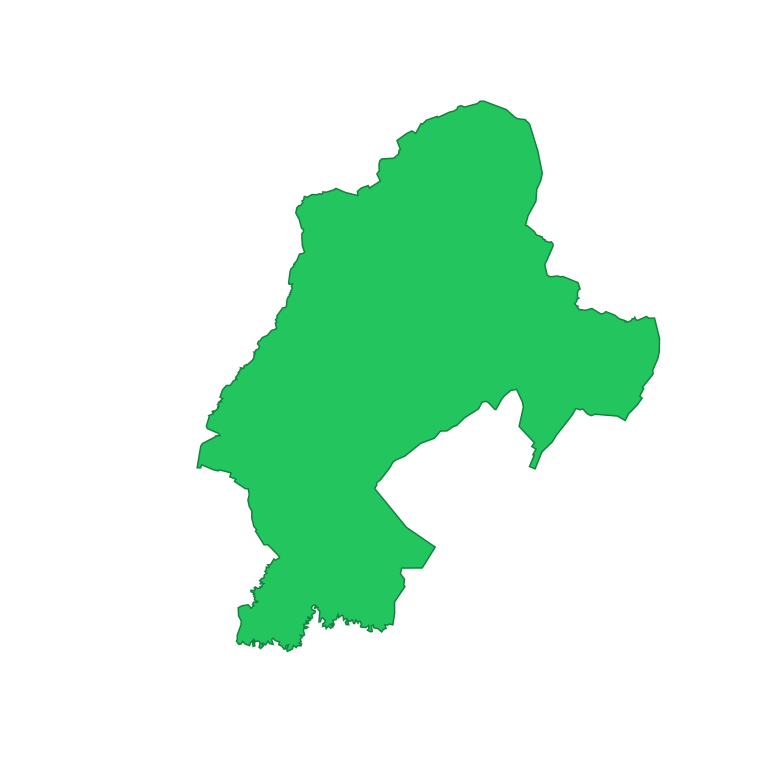 Chakkarat, Nakhon Ratchasima, Thailand (Robinson projection), rotated 227°
{"feature_id": "78962969B888378696775", "entity_name": "Chakkarat", "entity_type": "district", "adm_level": 2, "iso_a3": "THA", "parent_name": "Thailand", "parent_adm1": "Nakhon Ratchasima", "projection": "robinson", "projection_center": [102.436, 14.968], "detail": "fine", "context": "isolated", "style": "filled", "palette": "green", "viewbox_px": 768, "rotation_deg": 227, "n_neighbors": 0, "source": "geoboundaries", "source_scale": "gbopen_adm2", "svg_char_len": 6171}
<svg xmlns="http://www.w3.org/2000/svg" viewBox="0 0 768 768"><g transform="rotate(227 384 384)"><path d="M450.2,190.2L447.7,192.7L449.3,195.5L437.4,200.9L433.6,203.4L433.9,204.4L432.8,205.5L423.4,211.5L421.2,207.9L415.4,210.8L414.7,208.2L402.0,211.2L399.9,213.3L394.9,209.9L391.9,205.3L386.1,201.8L381.3,200.8L376.2,195.9L368.6,191.7L364.4,191.5L364.1,189.7L348.2,186.6L345.5,189.5L330.2,189.8L328.0,188.9L329.4,184.3L331.1,184.2L329.3,178.0L331.0,175.5L328.8,175.5L328.3,174.3L330.4,173.1L328.0,170.5L328.2,169.0L325.6,169.5L326.0,166.2L324.1,164.1L325.1,161.6L324.9,158.9L322.9,159.5L322.2,156.5L321.7,159.2L319.9,160.1L320.1,157.2L318.9,156.4L320.3,155.0L319.1,154.1L320.8,152.1L323.4,151.4L323.4,150.0L321.8,150.0L321.2,148.6L323.9,146.0L322.7,145.0L320.3,146.7L319.5,145.0L318.3,146.0L317.4,143.8L315.9,144.1L314.6,142.2L312.7,142.2L311.4,143.5L310.6,142.6L313.5,139.8L312.2,137.3L310.9,137.8L310.5,134.0L315.1,134.1L318.5,129.2L319.8,124.8L313.6,119.5L308.1,118.0L305.4,115.2L300.4,105.3L297.4,102.7L296.6,100.7L292.6,100.3L291.3,102.2L292.1,105.1L288.6,105.1L284.4,107.2L285.7,109.6L286.1,114.8L285.0,114.5L284.7,111.8L281.4,109.3L280.6,111.0L282.8,112.5L283.5,114.4L281.3,117.1L279.2,116.8L276.6,113.1L274.7,113.4L274.7,117.4L277.4,117.4L277.6,118.5L274.0,119.4L274.9,123.8L272.2,123.3L269.2,125.4L272.9,127.0L273.9,128.4L273.5,129.6L270.8,129.4L266.7,131.7L265.1,129.2L262.5,130.4L258.1,130.1L257.5,131.5L259.5,133.7L258.3,136.3L256.5,132.0L254.4,131.0L252.6,136.2L254.5,139.5L251.1,140.0L251.5,142.5L249.1,144.7L250.0,146.4L252.4,145.3L251.9,147.6L254.6,148.7L254.7,151.7L257.1,151.6L255.0,153.2L254.7,154.8L258.3,156.8L260.6,159.5L258.3,159.9L258.0,162.5L261.6,160.6L263.0,161.4L260.2,165.5L261.2,165.9L262.4,164.4L263.7,164.9L263.8,165.9L262.1,166.6L261.5,169.5L264.9,168.7L265.5,169.7L262.6,170.7L261.7,172.2L264.6,173.9L263.8,177.3L264.7,179.0L268.1,177.5L269.9,178.4L270.5,180.9L269.4,183.0L268.0,183.1L268.0,181.1L267.2,180.4L265.7,183.5L264.0,181.9L261.5,182.0L254.4,174.2L253.5,175.3L255.4,178.5L254.4,179.7L250.9,179.7L250.0,177.9L250.5,176.0L248.5,173.7L247.2,176.4L244.5,174.9L244.9,178.3L241.9,178.4L241.1,180.8L242.1,183.2L242.8,181.3L245.0,180.7L243.3,183.9L246.1,185.6L244.3,188.2L246.6,193.1L244.1,191.4L243.6,195.5L242.4,196.1L238.9,193.4L238.5,196.4L236.8,196.8L236.1,193.2L233.9,192.3L232.0,194.0L235.3,195.9L233.2,198.0L233.4,199.6L232.7,200.1L229.9,198.5L228.8,199.1L230.7,202.5L226.9,201.9L227.6,203.9L226.6,204.7L223.7,203.7L223.0,201.6L222.0,201.3L218.2,204.7L217.9,207.9L215.7,206.5L215.2,204.0L212.0,205.1L211.1,206.6L215.6,209.7L215.2,211.7L212.7,210.3L209.4,212.7L204.3,213.2L204.9,216.1L203.8,218.8L207.2,220.6L205.2,222.3L204.6,224.4L201.8,226.2L208.8,235.1L217.4,243.1L221.6,261.2L223.5,261.3L227.2,265.9L234.0,266.6L237.3,271.4L223.4,286.5L229.8,310.2L263.9,302.6L314.0,305.9L315.0,309.8L316.8,311.1L316.3,315.9L318.7,330.8L320.7,337.1L320.4,340.7L317.0,350.4L315.6,370.3L310.0,383.9L311.0,393.3L306.8,398.0L305.5,405.8L304.1,408.9L304.4,419.7L301.3,436.1L303.8,443.2L302.1,446.4L299.6,447.7L289.7,447.7L289.0,448.4L292.8,460.3L293.2,464.9L292.8,472.4L289.6,477.3L276.5,473.0L272.1,470.2L260.8,453.9L238.4,453.9L237.5,449.4L232.8,450.8L230.7,444.6L229.4,445.2L224.4,434.1L218.9,436.6L226.6,453.1L226.9,467.6L228.9,474.8L232.9,500.3L235.2,507.6L231.4,509.9L230.1,512.4L223.8,512.3L219.7,513.8L217.8,517.9L201.3,532.9L192.8,535.5L195.4,542.8L195.9,554.6L197.6,563.1L200.7,562.8L203.6,570.8L205.3,570.8L207.7,587.5L210.8,590.0L216.0,601.8L219.7,607.1L229.3,616.5L247.7,626.8L251.4,622.7L254.4,622.0L257.4,613.2L259.1,612.0L261.7,612.9L261.3,611.4L262.4,610.0L261.7,608.0L263.5,603.7L264.7,604.0L265.4,602.7L266.0,603.5L271.3,600.5L277.0,599.7L285.6,595.6L285.8,592.7L287.6,590.3L297.5,587.5L300.4,581.7L305.4,577.5L308.7,578.0L308.6,578.9L309.9,578.1L312.8,578.3L313.1,581.6L314.4,582.3L313.9,585.0L315.2,584.5L319.3,588.3L320.2,590.4L319.7,592.2L325.8,595.0L340.7,588.1L342.0,586.1L344.6,584.7L349.0,578.7L352.4,577.6L361.5,582.9L369.3,601.2L371.0,603.1L373.9,603.3L375.0,601.5L378.8,599.4L379.8,600.2L381.4,599.1L383.6,600.0L389.1,597.1L392.9,597.9L402.1,596.7L403.6,595.7L409.0,604.4L414.0,619.7L422.3,628.6L425.8,637.3L430.2,643.5L449.1,655.2L474.8,667.7L481.2,667.5L486.7,662.7L489.8,661.6L501.0,660.7L523.0,649.8L525.3,647.0L525.4,643.5L531.6,631.8L535.0,630.2L535.9,628.4L536.3,626.7L535.2,625.1L535.8,621.5L538.2,617.2L542.1,605.3L543.5,605.4L548.0,594.9L547.8,589.4L549.2,588.7L545.7,578.1L550.1,577.0L551.9,570.6L553.2,559.5L544.2,555.9L544.7,554.4L542.3,551.7L542.5,545.1L550.1,535.9L550.1,533.2L548.1,530.2L543.3,526.1L542.4,522.0L535.0,519.8L537.2,507.0L539.9,507.8L542.8,501.2L543.0,496.0L539.7,493.3L550.4,486.4L559.9,482.2L560.1,480.0L563.6,472.6L566.2,470.3L565.3,469.4L565.6,467.3L566.9,466.9L568.1,464.2L571.7,460.5L573.1,454.8L575.1,454.3L575.2,452.9L573.4,451.1L573.8,448.9L572.0,448.2L571.4,444.4L572.5,443.3L572.3,440.4L569.2,436.1L562.1,434.2L554.1,429.9L552.0,430.6L550.2,428.9L550.1,426.7L547.0,423.7L540.5,418.4L534.5,415.8L534.8,413.6L536.7,410.9L533.6,404.1L533.3,400.8L532.5,400.5L533.0,399.6L531.8,398.8L531.6,394.5L530.4,392.1L522.7,382.9L521.6,382.7L519.6,385.3L518.5,382.8L516.5,382.3L515.8,379.6L514.5,378.6L515.0,377.8L513.5,376.7L514.1,375.8L512.7,374.7L513.0,373.3L511.6,370.3L507.4,365.6L507.2,364.1L508.8,361.8L506.8,351.9L505.4,351.4L504.9,348.4L502.4,348.0L502.6,346.1L497.7,343.2L499.9,338.2L499.1,332.0L501.0,326.6L500.1,322.8L500.8,321.3L499.6,318.9L496.1,318.4L495.2,315.3L496.3,313.9L495.4,311.4L496.1,310.5L494.0,310.1L494.4,309.3L492.0,306.8L491.1,304.0L491.3,296.8L492.0,296.8L492.6,293.8L491.6,293.5L491.4,291.9L493.3,290.4L492.2,290.4L492.9,289.2L491.8,287.2L491.9,285.2L490.8,284.9L490.0,280.1L488.1,279.6L488.9,279.2L488.3,278.4L489.0,275.9L487.8,270.7L490.4,267.7L489.8,261.8L486.2,255.1L483.3,256.1L483.3,253.0L482.2,253.0L483.1,252.3L483.4,251.2L482.5,251.1L483.2,250.0L482.2,249.4L482.6,248.3L480.0,248.0L480.6,246.9L479.4,245.5L479.5,240.4L480.4,241.2L481.1,239.7L478.7,238.6L480.4,234.3L479.6,234.3L474.3,225.4L471.9,224.4L461.2,229.1L458.1,228.8L460.8,225.6L460.3,225.1L464.3,210.5L463.5,207.6L450.2,190.2Z" fill="#22c55e" stroke="#15803d" stroke-width="1.5"/></g></svg>